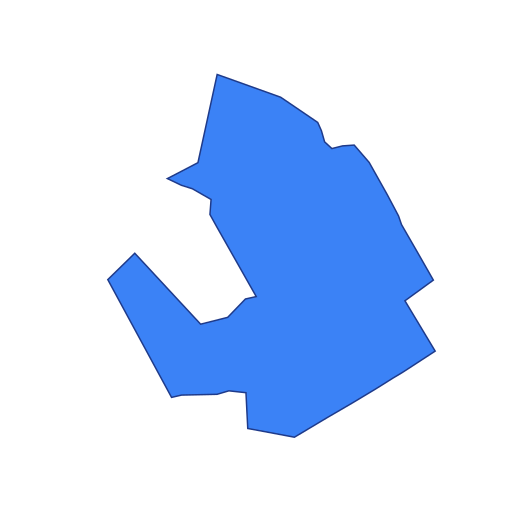 Poço das Antas, Rio Grande do Sul, Brazil, rotated 239°
{"feature_id": "56859067B25116019813755", "entity_name": "Poço das Antas", "entity_type": "district", "adm_level": 2, "iso_a3": "BRA", "parent_name": "Brazil", "parent_adm1": "Rio Grande do Sul", "projection": "natural_earth1", "projection_center": [-51.638, -29.441], "detail": "fine", "context": "isolated", "style": "filled", "palette": "blue", "viewbox_px": 512, "rotation_deg": 239, "n_neighbors": 0, "source": "geoboundaries", "source_scale": "gbopen_adm2", "svg_char_len": 668}
<svg xmlns="http://www.w3.org/2000/svg" viewBox="0 0 512 512"><g transform="rotate(239 256 256)"><path d="M312.1,116.8L178.3,110.8L175.1,120.6L157.5,151.4L154.4,163.3L144.0,177.0L112.4,160.1L80.9,195.6L80.8,234.0L80.4,264.1L80.4,289.5L80.8,310.2L80.8,322.2L82.2,360.6L140.9,360.6L144.0,395.6L175.1,396.3L208.0,396.9L216.9,398.8L240.8,400.1L277.9,401.2L300.5,397.3L305.8,386.9L309.0,376.4L318.5,373.6L329.7,376.6L338.7,377.7L379.4,358.9L431.6,316.2L365.9,254.3L368.0,219.9L355.0,228.5L346.4,236.1L327.6,246.6L315.3,237.9L301.4,237.4L221.1,235.3L224.6,224.8L218.0,200.1L226.1,173.4L320.8,153.5L312.1,116.8Z" fill="#3b82f6" stroke="#1e3a8a" stroke-width="1.5"/></g></svg>